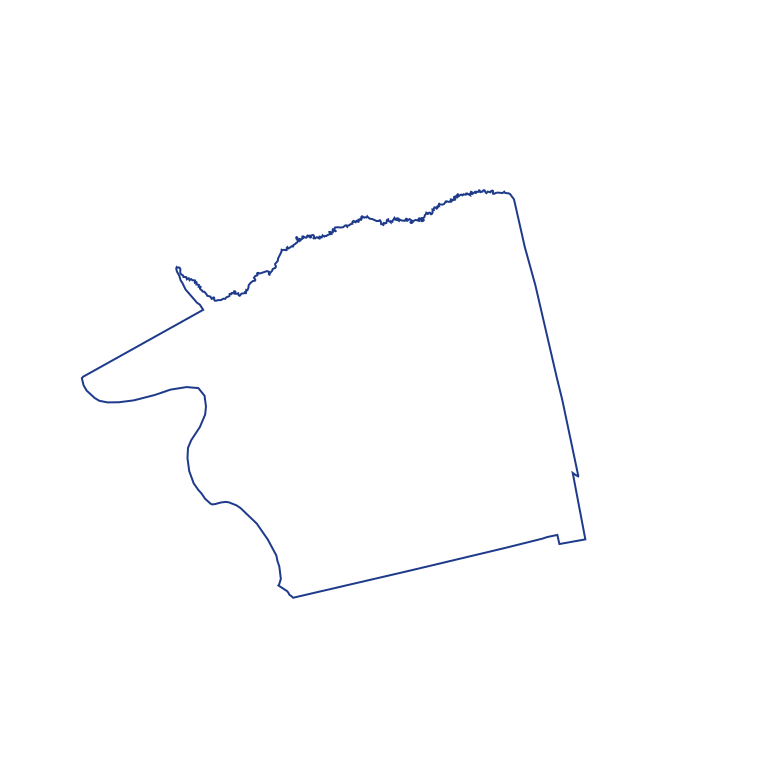 the district of San Pedro, Buenos Aires, Argentina, rotated 214°
{"feature_id": "61730980B44314370056359", "entity_name": "San Pedro", "entity_type": "district", "adm_level": 2, "iso_a3": "ARG", "parent_name": "Argentina", "parent_adm1": "Buenos Aires", "projection": "orthographic", "projection_center": [-59.651, -33.797], "detail": "fine", "context": "isolated", "style": "outline", "palette": "blue", "viewbox_px": 768, "rotation_deg": 214, "n_neighbors": 0, "source": "geoboundaries", "source_scale": "gbopen_adm2", "svg_char_len": 6166}
<svg xmlns="http://www.w3.org/2000/svg" viewBox="0 0 768 768"><g transform="rotate(214 384 384)"><path d="M171.4,416.0L171.5,416.4L227.2,470.4L244.3,485.9L313.6,550.4L344.0,576.4L378.0,608.4L379.8,609.9L385.8,612.0L387.5,611.7L388.5,611.0L390.9,610.1L391.8,610.6L392.6,608.5L396.6,606.4L398.2,604.9L399.1,603.1L400.0,602.8L401.0,604.0L401.3,604.7L401.8,605.0L402.5,604.8L403.1,603.9L402.9,602.5L405.6,601.5L405.9,599.5L406.8,599.6L409.0,600.8L409.6,600.5L410.0,599.8L409.9,598.5L411.1,597.6L411.3,597.0L412.0,597.0L412.9,597.9L413.3,597.9L413.5,597.7L413.1,596.2L414.5,595.3L414.5,594.0L414.8,593.8L415.6,594.6L416.0,594.3L416.4,592.4L416.7,591.8L417.2,591.7L418.5,592.2L419.3,592.0L419.3,591.6L418.8,591.1L417.7,591.1L417.4,590.6L419.2,589.7L419.3,589.4L418.4,588.7L421.6,588.4L421.6,587.5L422.4,587.5L422.3,586.7L422.6,586.3L424.1,585.8L424.3,584.4L424.8,584.2L425.6,584.4L426.2,583.7L426.9,582.6L427.0,581.5L427.7,581.5L428.6,582.6L429.0,582.5L429.1,580.3L428.6,579.8L427.7,579.9L427.7,579.6L428.3,579.3L429.2,579.3L429.4,578.2L430.1,578.9L430.5,578.3L429.6,576.9L428.3,577.0L428.2,576.4L429.5,575.5L429.7,574.6L430.8,574.9L431.8,574.4L431.4,573.1L430.6,573.1L430.4,572.5L432.5,571.0L434.1,570.6L434.3,569.6L434.9,569.6L434.8,567.1L435.8,565.4L438.1,564.1L439.0,564.3L439.1,564.0L438.6,562.7L437.9,562.2L438.7,561.8L439.0,561.3L438.4,560.7L439.2,560.0L439.3,559.6L438.3,559.2L438.5,558.8L440.2,559.0L441.0,558.6L440.7,556.9L440.1,556.2L441.4,555.8L439.6,553.3L439.4,552.4L439.5,551.6L439.8,551.1L440.3,550.9L441.3,551.7L441.9,551.6L443.0,550.5L442.7,549.6L442.9,549.4L444.7,549.6L444.3,548.2L444.5,546.7L443.8,544.8L444.4,543.3L445.5,542.7L445.2,542.3L443.0,542.4L442.6,542.0L442.7,541.3L443.5,540.2L444.1,540.1L445.8,541.6L446.4,541.3L446.7,540.7L447.5,540.9L447.6,539.5L446.4,539.3L446.1,538.9L449.5,537.7L450.5,536.2L450.9,533.3L451.5,532.6L452.4,532.7L452.5,533.2L452.0,534.5L452.3,535.0L455.1,535.0L455.8,532.5L456.1,532.2L456.8,532.4L457.3,533.6L457.8,533.6L458.1,533.2L457.9,531.1L458.0,530.8L459.0,530.5L460.4,529.5L463.0,529.1L462.7,528.3L462.7,527.6L463.7,527.6L464.1,528.9L464.5,529.2L465.0,529.1L465.3,527.1L465.6,527.1L466.2,528.2L466.6,527.9L466.3,526.7L466.5,526.5L467.3,526.6L468.2,527.3L468.1,523.8L467.8,523.2L469.5,522.8L469.6,522.5L469.0,521.8L470.2,521.9L471.1,521.6L471.8,521.8L472.6,522.8L473.2,522.0L473.2,521.4L472.1,518.7L472.6,518.1L474.2,517.4L473.4,515.9L473.5,515.4L475.2,515.5L475.7,515.0L477.7,517.0L478.9,517.5L479.3,517.2L479.4,516.3L481.2,515.0L485.9,514.2L488.5,513.0L490.2,513.4L490.9,513.1L491.7,513.5L491.7,512.2L493.1,511.6L493.5,510.8L496.0,510.8L496.2,510.1L495.1,508.9L495.8,508.5L495.9,508.0L495.1,507.6L494.9,507.2L496.7,506.4L497.0,506.0L496.1,505.2L495.8,504.2L496.0,504.0L497.9,504.1L498.1,503.6L497.8,502.6L497.9,502.3L498.8,502.5L499.5,501.7L500.1,502.2L500.6,502.1L500.7,500.3L499.8,499.2L501.1,497.8L501.5,496.3L502.6,495.0L502.4,493.8L502.9,493.9L503.5,494.6L504.3,494.3L504.9,493.5L505.6,491.1L507.3,489.6L510.1,488.0L512.1,486.4L512.1,485.8L511.5,484.5L511.0,484.0L509.6,483.8L509.7,483.5L511.1,483.2L512.1,484.0L512.9,483.8L512.7,482.8L511.8,482.0L511.2,481.0L511.6,480.5L513.9,479.9L514.3,479.4L513.4,479.0L511.9,479.4L511.4,478.9L512.8,477.9L514.2,475.6L514.6,474.4L515.6,473.9L516.0,472.8L518.0,472.9L517.6,470.7L518.7,469.8L518.7,469.0L518.9,469.1L519.4,470.3L519.9,470.1L519.9,468.3L521.7,468.2L522.0,468.0L522.5,466.2L523.4,466.1L523.8,465.4L524.1,465.5L524.2,466.7L524.6,467.4L525.7,467.9L526.4,467.7L527.4,466.4L526.6,464.9L526.7,464.4L527.4,464.2L528.5,465.4L529.0,465.1L529.2,464.2L530.3,464.4L530.5,463.6L530.0,462.4L530.4,461.7L532.0,461.3L532.7,459.6L533.5,461.1L534.1,460.7L533.2,459.0L533.1,458.2L533.6,457.3L535.1,457.2L535.3,456.8L533.7,456.0L534.0,455.3L535.2,455.8L536.3,455.7L538.0,457.0L538.6,456.9L538.7,456.3L537.8,455.5L535.8,454.8L535.2,453.9L535.2,452.7L535.8,451.4L535.8,450.7L536.7,448.8L536.7,448.1L536.3,447.4L536.4,447.0L537.4,446.8L538.9,443.0L539.2,442.9L540.6,443.4L540.7,442.4L539.6,440.7L539.9,440.2L541.8,439.4L542.9,438.3L543.9,438.1L542.9,435.9L542.0,428.7L540.9,426.8L541.4,422.7L540.7,421.8L539.5,421.2L539.0,420.1L539.2,419.3L540.5,417.2L540.1,415.3L540.5,411.9L540.1,410.6L540.7,410.5L542.2,412.7L544.2,412.1L548.3,406.7L549.2,406.0L550.2,405.9L551.0,405.3L551.0,404.6L549.8,403.8L549.8,403.2L551.1,401.6L551.2,399.3L549.2,398.6L548.7,397.8L548.9,397.3L550.4,395.8L551.2,393.2L551.4,390.7L551.1,389.4L550.4,388.5L549.7,385.9L549.8,385.4L550.8,385.0L550.1,384.1L550.6,383.0L549.4,382.5L549.3,382.0L550.4,381.4L552.7,379.1L552.9,378.2L552.8,376.9L553.2,376.3L554.5,376.5L555.6,377.7L557.2,375.9L557.8,375.6L559.0,377.5L559.5,377.5L560.1,377.1L559.6,375.0L561.0,374.4L560.8,373.2L561.8,372.9L562.3,372.4L561.3,370.4L563.2,367.6L563.3,365.8L564.9,364.9L566.1,362.4L568.7,360.5L569.8,359.1L570.8,358.5L571.8,358.8L572.9,360.4L573.5,360.6L573.9,360.2L574.3,358.4L574.5,358.2L576.8,359.4L579.9,358.3L581.7,359.3L584.7,360.0L586.0,359.2L587.4,359.8L589.4,359.9L590.1,360.4L590.3,361.9L591.1,361.9L592.0,361.0L593.0,362.6L595.2,361.6L596.2,363.5L596.6,363.5L597.4,362.2L597.7,362.4L598.5,364.1L599.0,364.1L600.8,362.9L602.6,363.1L602.9,362.7L603.2,361.3L605.0,362.5L605.5,362.1L606.0,360.6L607.8,362.0L610.1,360.6L611.2,361.6L613.6,361.5L614.4,361.8L615.4,362.7L617.1,365.4L617.6,365.8L619.2,366.0L620.3,364.9L621.2,365.0L621.0,363.9L620.5,363.2L618.5,361.4L614.3,359.3L610.7,356.3L607.8,355.1L601.4,351.4L584.4,346.8L581.1,346.8L575.4,344.4L637.5,221.8L637.8,219.9L632.3,214.9L626.7,212.2L616.0,210.6L610.6,210.9L603.0,214.1L593.6,220.6L582.3,230.5L567.9,246.7L557.9,259.9L545.9,271.1L535.6,276.8L526.2,273.9L519.0,265.8L515.2,258.7L512.6,245.6L512.4,229.6L510.8,221.5L505.5,212.7L496.8,202.9L486.2,195.2L478.6,192.3L474.4,191.3L468.1,188.8L460.8,187.8L459.1,188.1L456.8,190.1L453.1,194.4L449.5,197.6L446.6,199.1L438.5,200.9L433.5,200.9L411.4,197.1L393.4,190.1L377.3,181.6L373.6,177.9L368.7,174.1L360.5,164.7L358.9,159.3L358.9,157.9L348.5,158.1L346.6,157.5L344.3,156.3L342.6,156.4L339.8,156.0L255.2,247.0L190.3,317.6L166.1,344.5L163.1,348.4L155.9,355.8L149.1,349.4L130.2,367.8L177.8,415.8L174.7,415.7L171.4,416.0Z" fill="none" stroke="#1e3a8a" stroke-width="2"/></g></svg>